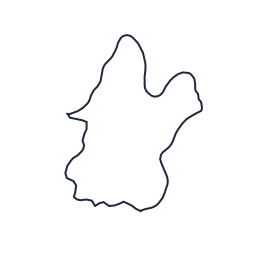 the district of Hoechang, P'yŏngan-namdo, North Korea, rotated 238°
{"feature_id": "82179303B89029266614527", "entity_name": "Hoechang", "entity_type": "district", "adm_level": 2, "iso_a3": "PRK", "parent_name": "North Korea", "parent_adm1": "P'yŏngan-namdo", "projection": "orthographic", "projection_center": [126.448, 39.075], "detail": "fine", "context": "isolated", "style": "outline", "palette": "slate", "viewbox_px": 256, "rotation_deg": 238, "n_neighbors": 0, "source": "geoboundaries", "source_scale": "gbopen_adm2", "svg_char_len": 1573}
<svg xmlns="http://www.w3.org/2000/svg" viewBox="0 0 256 256"><g transform="rotate(238 128 128)"><path d="M50.7,94.8L51.0,95.8L49.9,100.1L48.0,105.5L47.4,108.7L47.5,111.8L48.3,115.0L49.6,118.3L50.6,120.6L53.3,124.4L59.4,131.7L61.7,133.5L65.7,135.3L80.8,137.7L84.7,138.8L87.8,141.9L89.0,144.6L89.7,150.5L90.2,153.2L91.1,155.7L93.1,159.1L98.2,165.8L100.2,169.6L102.9,176.2L104.4,181.8L104.6,184.2L104.4,192.0L103.8,199.2L105.4,201.1L110.0,203.3L112.3,203.7L114.9,203.2L119.9,205.5L122.6,205.1L125.0,205.4L130.0,208.4L134.8,210.4L137.0,210.2L139.6,210.0L142.3,208.8L146.0,204.1L147.2,199.1L146.9,193.7L146.0,189.2L143.2,182.0L140.2,177.2L139.3,174.7L138.9,172.3L139.3,169.8L140.5,167.1L143.0,165.0L148.0,163.4L150.5,163.2L152.9,163.6L155.1,164.6L162.6,169.2L167.2,172.9L171.9,176.1L174.4,177.3L184.0,180.6L194.5,181.4L202.0,180.0L204.7,178.9L207.1,176.7L208.1,174.4L208.6,171.9L208.0,169.3L205.4,164.5L202.6,161.5L200.8,159.0L197.4,153.3L196.4,151.0L194.4,142.9L193.4,140.6L191.7,138.1L182.1,129.4L179.4,124.2L178.2,119.0L174.9,113.4L172.7,111.1L170.9,108.3L170.1,106.0L169.0,100.4L168.9,94.5L170.6,86.4L171.7,84.3L171.8,84.2L167.5,84.2L162.5,89.5L158.7,93.4L155.0,96.1L148.8,92.1L146.3,88.1L141.4,82.8L136.4,81.5L133.9,78.8L132.7,76.2L131.5,70.9L131.6,65.6L130.3,61.6L127.9,56.3L125.4,53.6L123.0,51.0L121.7,50.6L118.0,49.6L111.8,53.6L106.8,53.6L101.9,49.6L98.2,45.6L94.4,46.9L91.9,49.5L89.4,54.8L85.6,58.8L79.4,58.8L79.3,64.1L78.1,68.0L71.8,70.7L69.3,75.9L68.0,82.6L67.9,85.2L61.7,89.2L59.2,90.5L55.4,91.8L50.7,94.8Z" fill="none" stroke="#1e293b" stroke-width="2"/></g></svg>